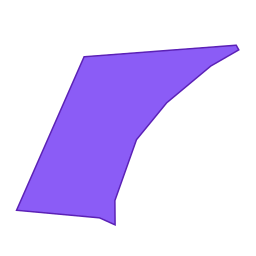 SVG path tracing the border of San Fernando, rotated 189°
{"feature_id": "TTO-62", "entity_name": "San Fernando", "entity_type": "City", "adm_level": 1, "iso_a3": "TTO", "parent_name": "Trinidad and Tobago", "parent_adm1": "", "projection": "albers", "projection_center": [-61.466, 10.279], "detail": "fine", "context": "isolated", "style": "filled", "palette": "violet", "viewbox_px": 256, "rotation_deg": 189, "n_neighbors": 0, "source": "natural_earth", "source_scale": "10m", "svg_char_len": 294}
<svg xmlns="http://www.w3.org/2000/svg" viewBox="0 0 256 256"><g transform="rotate(189 128 128)"><path d="M30.8,222.5L55.9,202.2L93.7,159.0L117.8,117.8L129.6,54.3L125.6,30.3L142.1,34.8L225.2,29.3L182.5,191.5L34.1,226.7L30.8,222.5Z" fill="#8b5cf6" stroke="#5b21b6" stroke-width="1.5"/></g></svg>